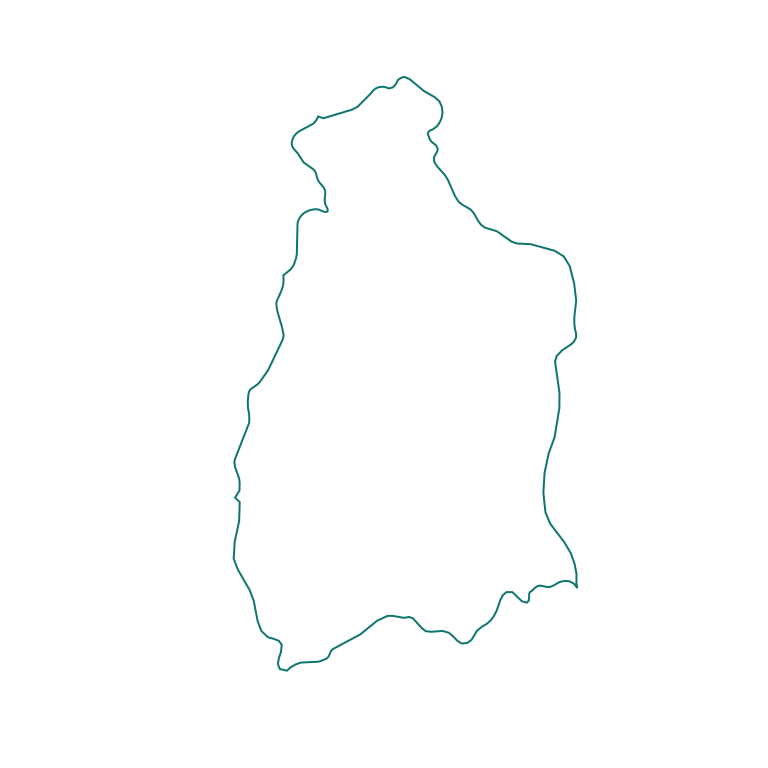 an SVG outline of Surkhandarya, rotated 334°
{"feature_id": "UZB-362", "entity_name": "Surkhandarya", "entity_type": "Region", "adm_level": 1, "iso_a3": "UZB", "parent_name": "Uzbekistan", "parent_adm1": "", "projection": "albers", "projection_center": [67.527, 38.094], "detail": "fine", "context": "isolated", "style": "outline", "palette": "teal", "viewbox_px": 768, "rotation_deg": 334, "n_neighbors": 0, "source": "natural_earth", "source_scale": "10m", "svg_char_len": 3082}
<svg xmlns="http://www.w3.org/2000/svg" viewBox="0 0 768 768"><g transform="rotate(334 384 384)"><path d="M442.1,114.7L446.1,118.6L475.6,123.4L481.8,123.2L499.2,117.2L499.3,117.2L502.4,115.6L505.6,114.8L508.9,114.8L512.8,116.1L514.6,117.2L518.2,120.6L522.0,121.3L525.8,119.9L529.6,117.0L531.4,116.5L533.3,116.4L535.2,116.5L537.0,117.0L540.7,121.3L548.5,138.5L552.9,144.9L555.3,148.4L557.7,154.4L557.4,160.9L555.4,165.9L552.6,169.9L549.1,173.0L545.2,175.4L539.8,176.5L535.7,176.4L533.1,178.0L532.4,184.5L533.1,187.5L534.4,190.1L535.5,192.8L535.3,196.1L534.2,198.0L528.3,202.2L526.5,206.6L527.2,212.0L530.4,223.1L530.9,229.1L530.2,246.1L530.9,252.6L532.6,256.6L538.3,265.1L539.6,269.6L540.2,279.1L541.0,283.4L543.2,287.6L552.4,296.2L561.1,312.0L565.1,316.0L577.2,322.7L595.8,339.1L601.5,348.1L602.6,359.5L599.0,376.9L593.3,393.3L584.4,407.3L581.6,413.0L579.8,418.1L578.8,422.7L577.1,426.4L574.6,428.3L573.4,429.1L569.9,430.3L559.0,431.8L551.7,434.4L547.6,438.7L537.8,469.0L531.0,482.6L514.0,506.6L501.4,518.8L489.4,534.2L479.5,551.7L472.9,570.0L472.1,582.4L476.8,605.8L477.7,618.3L476.5,629.0L473.8,639.0L469.4,647.9L468.3,652.2L467.2,646.7L464.4,642.8L460.2,640.2L455.4,639.0L446.9,639.4L443.9,639.1L441.3,637.7L436.2,633.8L433.5,633.0L430.8,633.3L426.3,634.7L423.8,635.0L422.4,636.4L420.9,639.3L419.1,642.2L416.5,643.1L412.7,639.7L408.2,627.4L402.8,624.7L397.9,626.1L393.6,629.4L385.8,637.2L381.1,640.7L376.4,643.2L371.3,644.6L365.5,645.1L359.5,646.5L350.5,652.3L345.2,653.3L339.9,651.2L337.2,646.6L335.5,641.1L333.2,636.0L328.4,631.6L318.0,627.5L313.2,624.5L311.0,620.0L307.2,607.1L304.3,604.4L299.4,602.9L290.0,596.1L285.7,594.0L274.4,593.7L252.7,598.7L221.9,599.8L219.4,600.7L214.7,604.7L212.2,605.6L205.8,605.3L202.9,604.7L187.4,598.0L181.8,597.3L175.7,597.7L171.1,599.1L165.4,594.5L165.9,589.1L169.5,584.1L174.0,579.6L177.8,573.5L176.9,568.7L173.2,564.7L168.6,560.6L165.5,552.2L166.5,541.6L171.9,521.7L172.9,509.9L171.3,486.7L172.3,475.1L180.6,460.5L193.7,443.7L202.5,427.0L200.4,420.8L207.4,416.4L211.1,409.2L212.4,405.2L213.7,393.6L215.2,388.7L217.1,386.2L245.8,359.8L247.5,356.6L249.1,353.1L250.3,349.5L251.2,346.0L253.8,340.2L257.4,334.1L259.5,331.6L261.4,330.3L269.9,328.9L272.6,328.1L285.9,320.8L311.8,300.2L314.7,297.0L315.4,295.4L317.2,288.4L319.8,273.2L321.1,268.1L322.6,264.3L323.9,262.5L332.6,255.3L336.8,250.8L339.3,246.5L341.2,242.2L350.4,240.0L353.9,238.2L356.1,236.4L360.3,232.2L362.6,229.0L376.5,202.1L377.7,200.5L379.2,199.1L381.4,197.4L384.7,195.9L387.7,195.2L391.0,195.0L394.6,195.5L398.1,196.5L399.6,197.1L400.8,197.9L401.8,198.7L405.9,203.2L407.2,203.9L408.8,204.2L409.6,203.1L410.0,201.7L410.0,196.5L410.6,194.4L411.7,191.9L414.1,188.2L415.3,185.9L415.9,183.6L415.9,181.9L415.8,180.3L415.1,177.3L414.6,175.9L414.3,174.4L414.1,172.8L414.1,171.3L414.2,169.7L414.5,167.9L415.0,166.2L415.2,164.4L415.3,162.7L415.0,161.1L414.5,159.9L408.9,149.6L407.6,139.1L405.8,132.2L405.8,129.7L406.4,127.5L407.8,125.4L409.5,123.6L410.9,122.4L412.2,121.6L414.9,120.5L417.8,119.7L434.6,119.0L438.7,117.3L442.1,114.7Z" fill="none" stroke="#0f766e" stroke-width="2"/></g></svg>